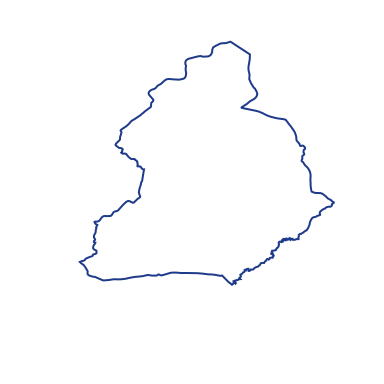 Andoung Meas, Rôtânôkiri, Cambodia (Natural Earth projection), rotated 230°
{"feature_id": "14789045B1558360713921", "entity_name": "Andoung Meas", "entity_type": "district", "adm_level": 2, "iso_a3": "KHM", "parent_name": "Cambodia", "parent_adm1": "Rôtânôkiri", "projection": "natural_earth1", "projection_center": [107.29, 13.96], "detail": "fine", "context": "isolated", "style": "outline", "palette": "blue", "viewbox_px": 384, "rotation_deg": 230, "n_neighbors": 0, "source": "geoboundaries", "source_scale": "gbopen_adm2", "svg_char_len": 5920}
<svg xmlns="http://www.w3.org/2000/svg" viewBox="0 0 384 384"><g transform="rotate(230 192 192)"><path d="M210.5,61.1L209.1,61.2L205.5,62.1L203.1,61.9L199.6,61.4L198.3,61.1L196.7,59.5L195.5,59.2L193.9,59.7L192.2,60.7L190.8,61.7L189.2,63.2L182.1,66.7L181.0,67.5L178.2,71.5L175.3,76.2L172.1,79.8L170.7,81.6L168.1,85.6L166.3,89.2L163.2,94.4L161.2,97.2L159.0,100.5L157.3,104.1L155.9,105.8L155.0,106.4L153.8,107.5L151.0,110.8L150.6,111.7L150.5,113.1L150.2,113.5L149.2,114.1L148.7,114.2L147.8,115.0L146.9,116.7L144.0,123.3L143.2,124.7L140.6,127.9L136.7,131.8L134.9,134.1L126.2,144.1L122.3,148.0L118.3,151.7L115.9,154.4L113.6,156.5L109.4,160.0L108.9,161.2L108.5,161.4L99.4,162.1L97.8,162.6L95.3,163.0L95.4,163.8L95.2,164.2L95.3,164.8L95.6,165.1L95.8,165.8L95.4,166.2L93.8,166.4L94.0,167.0L94.9,167.4L95.3,167.3L96.6,166.7L96.4,166.2L97.0,166.4L96.9,166.8L96.8,167.4L96.3,167.8L96.3,168.4L95.7,169.9L95.1,170.6L95.2,171.5L94.2,173.0L95.6,172.9L95.8,173.4L95.7,174.7L96.0,175.3L97.5,175.8L97.5,176.3L97.2,177.8L97.2,178.3L97.6,179.3L97.2,180.7L97.6,181.5L98.5,182.3L98.3,182.8L97.3,183.0L97.7,183.9L97.7,184.4L97.3,185.4L96.9,185.9L96.3,185.5L95.4,184.6L94.8,184.9L94.5,185.7L94.6,186.3L94.6,186.7L94.8,187.3L93.6,188.5L93.4,188.9L93.3,189.5L93.6,190.5L93.4,192.4L92.4,194.6L92.6,195.9L92.4,196.7L92.4,197.1L93.2,198.9L92.5,200.3L91.3,201.6L91.9,203.2L91.7,203.9L92.4,206.4L92.0,206.9L90.9,207.3L91.0,207.8L90.9,208.3L91.5,209.1L90.8,210.6L89.8,211.6L90.8,212.8L90.6,213.5L91.2,213.9L91.7,214.0L92.2,213.9L93.1,213.1L93.6,212.9L94.0,213.2L93.7,214.5L94.8,214.5L95.3,215.1L95.5,215.7L94.8,216.4L94.3,217.7L93.8,218.3L93.6,218.8L93.7,219.4L94.2,219.8L94.3,220.8L94.5,221.2L94.3,221.8L94.7,223.4L95.4,224.0L95.6,224.7L95.9,225.1L96.6,225.2L97.7,226.2L97.8,226.7L97.3,227.7L96.4,228.0L95.6,229.3L95.6,229.7L95.9,229.7L96.4,229.4L96.9,229.5L97.2,230.0L97.3,230.5L96.5,230.5L97.1,232.2L96.7,232.6L95.7,231.9L95.2,232.2L94.6,232.9L94.6,233.4L95.5,233.3L95.8,233.9L95.7,234.5L95.4,234.7L93.8,234.8L93.8,236.8L93.3,236.7L93.0,236.5L92.2,236.5L92.5,237.5L93.1,237.6L92.3,238.1L91.8,238.1L91.4,238.9L90.7,238.4L90.0,239.1L89.1,240.5L88.9,241.5L87.4,243.3L88.0,243.8L88.8,244.2L89.3,245.3L90.4,246.1L90.5,247.8L89.8,248.6L89.7,250.1L89.4,251.3L89.5,252.1L89.3,253.7L89.4,254.1L89.0,255.0L89.7,257.7L91.5,261.2L92.8,262.5L94.1,265.1L94.8,267.2L94.7,268.3L93.4,271.1L93.1,272.8L92.1,275.2L92.5,275.8L93.4,276.0L94.5,277.2L94.6,279.2L94.6,280.6L94.1,282.7L93.8,283.4L94.0,284.4L93.7,285.6L92.9,287.3L92.0,288.2L91.6,289.2L91.6,289.7L91.7,290.3L92.2,290.9L92.7,291.2L92.5,293.4L93.1,294.0L95.1,293.2L96.1,293.4L99.8,291.9L102.3,291.8L106.6,290.9L108.6,289.7L112.0,285.9L113.6,284.8L115.4,283.9L117.1,284.7L120.7,287.0L122.7,288.7L124.6,290.0L128.8,293.8L131.1,295.1L133.2,295.8L136.3,296.2L140.5,295.8L142.7,296.2L143.8,296.2L144.7,295.9L145.4,296.0L145.9,296.5L146.6,298.0L148.1,299.1L148.7,299.8L148.6,302.1L149.9,302.8L150.7,302.9L152.0,304.1L152.5,305.0L152.3,306.1L152.7,306.7L153.5,307.2L155.8,307.0L156.6,306.4L157.2,305.1L157.7,304.6L159.0,304.9L160.0,305.3L163.7,305.2L164.6,305.4L167.7,307.6L171.0,308.9L172.6,309.3L178.4,309.9L180.9,309.9L187.2,310.2L189.1,308.8L193.8,304.5L198.8,300.8L202.6,298.6L206.7,296.9L210.8,294.8L213.7,292.7L224.4,284.2L224.8,284.2L225.0,284.7L224.2,290.4L224.2,294.9L223.3,299.5L223.5,302.1L224.1,303.6L225.2,305.1L227.3,306.0L230.7,306.7L232.4,306.4L237.8,307.2L239.6,307.9L241.5,308.3L245.0,311.6L248.8,313.5L251.3,315.4L256.8,321.8L260.2,324.8L282.4,318.1L284.2,313.8L287.2,309.8L287.6,308.8L288.6,304.7L289.1,301.7L289.1,300.9L287.7,298.7L286.2,297.3L285.3,295.6L285.0,294.5L285.1,292.4L286.0,290.8L288.0,288.2L288.8,287.2L290.1,286.4L290.7,285.9L292.1,283.7L296.2,275.1L296.6,273.5L296.6,272.8L296.6,271.8L295.6,270.2L294.2,269.1L292.6,268.6L292.0,268.1L291.3,267.1L289.6,265.6L286.9,264.0L285.8,262.9L284.8,261.7L284.1,260.1L284.2,258.4L286.2,254.5L288.2,252.3L293.8,246.5L294.7,244.9L295.0,242.5L294.8,238.0L295.0,236.5L295.4,234.9L295.5,233.8L295.0,230.9L295.1,229.8L296.3,226.6L296.5,224.3L296.2,223.2L295.8,222.5L295.0,221.9L294.2,221.6L292.6,221.6L288.3,221.7L287.2,221.5L286.6,220.6L286.5,218.3L286.2,217.8L284.0,215.6L283.6,215.0L284.0,208.5L284.0,201.5L284.6,196.2L284.7,194.9L285.1,193.1L285.3,191.0L284.7,187.1L284.6,184.1L285.2,178.7L285.2,177.4L285.0,176.8L283.1,176.4L281.4,174.0L280.6,172.6L280.1,172.0L279.0,171.1L278.6,170.6L278.3,169.9L277.9,165.0L277.5,164.0L277.3,163.7L276.6,163.6L272.9,164.4L272.0,165.0L271.5,165.7L269.9,166.5L269.1,166.3L268.7,165.2L268.4,164.8L267.6,164.3L267.7,163.1L267.3,163.0L265.6,163.8L265.3,164.2L264.8,165.1L263.6,166.0L260.2,165.9L258.7,166.1L256.5,166.6L255.6,167.4L254.5,168.9L253.6,169.3L252.8,169.1L251.6,169.7L251.1,169.7L250.5,169.3L249.7,169.3L248.7,168.4L248.0,168.2L247.1,166.9L246.3,167.1L246.1,167.4L245.7,167.7L245.6,168.1L244.6,168.7L244.1,168.9L242.9,168.7L241.4,168.8L241.0,169.1L240.3,169.3L240.1,169.7L232.4,160.7L232.2,159.8L231.6,158.7L230.8,157.9L228.6,154.4L226.6,151.8L225.8,151.0L224.3,150.3L223.1,149.9L221.6,149.2L221.4,148.3L221.7,146.0L221.3,140.6L222.0,139.6L222.6,139.5L223.6,138.9L225.0,138.4L225.8,137.7L226.4,136.8L226.7,135.4L226.5,131.1L225.4,123.3L225.6,122.5L226.7,120.3L226.9,119.2L226.8,118.3L226.2,116.7L225.9,115.3L226.0,114.2L227.9,111.7L229.8,109.6L230.4,108.5L230.6,107.2L230.5,106.5L229.6,103.0L229.8,101.4L230.4,100.1L231.4,99.0L231.8,98.2L231.3,97.8L230.6,97.7L229.0,97.7L227.6,98.3L226.4,95.6L225.7,95.4L225.3,95.0L224.7,93.7L223.4,92.7L222.7,91.6L221.9,89.4L221.4,88.7L220.7,88.0L219.7,87.5L218.5,87.5L217.8,87.2L217.6,86.8L217.4,85.3L217.0,84.8L216.6,84.7L216.1,84.8L215.3,85.4L215.0,85.0L214.3,82.4L213.6,81.2L212.9,80.4L212.1,80.0L211.5,80.0L210.5,80.2L209.1,80.9L208.3,81.0L207.5,80.2L206.7,79.8L206.5,78.9L206.8,77.9L207.7,76.1L207.5,75.6L207.1,75.1L207.0,74.3L208.4,70.7L209.1,68.1L209.1,67.0L208.8,66.2L209.1,64.5L209.8,63.4L210.5,61.1Z" fill="none" stroke="#1e3a8a" stroke-width="2"/></g></svg>